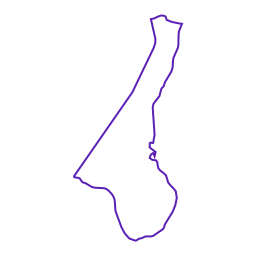 Negros Oriental, Robinson projection
{"feature_id": "PHL-2516", "entity_name": "Negros Oriental", "entity_type": "Province", "adm_level": 1, "iso_a3": "PHL", "parent_name": "Philippines", "parent_adm1": "", "projection": "robinson", "projection_center": [123.114, 9.74], "detail": "fine", "context": "isolated", "style": "outline", "palette": "violet", "viewbox_px": 256, "rotation_deg": 0, "n_neighbors": 0, "source": "natural_earth", "source_scale": "10m", "svg_char_len": 1268}
<svg xmlns="http://www.w3.org/2000/svg" viewBox="0 0 256 256"><path d="M182.0,23.8L179.1,30.9L178.6,34.3L178.4,44.8L177.8,48.0L173.4,58.0L172.9,61.7L172.8,65.5L172.3,68.7L171.4,71.5L164.9,82.3L163.7,86.2L162.7,87.3L161.7,88.2L161.3,89.0L159.4,96.2L155.4,101.2L153.4,104.0L152.7,107.6L154.6,135.1L153.8,138.9L153.6,140.5L153.2,142.8L152.1,143.0L150.9,142.5L149.8,143.2L149.7,147.5L155.6,152.0L154.6,156.3L153.3,153.0L150.8,154.6L149.7,158.0L152.2,159.8L156.1,160.4L157.3,162.1L157.6,164.8L158.4,168.4L160.4,170.7L163.3,172.8L166.0,175.3L168.2,182.6L170.7,185.6L173.5,188.4L175.8,191.4L176.8,197.9L175.3,205.2L172.6,211.9L164.8,224.5L164.2,227.1L163.0,229.1L153.3,235.8L151.4,236.4L146.4,236.4L144.7,236.7L141.9,238.1L138.8,238.8L136.6,240.3L135.3,240.6L129.3,238.5L124.7,233.3L121.3,226.9L115.5,211.0L114.7,200.3L113.8,197.4L112.3,194.7L108.8,190.8L106.4,189.0L104.1,188.2L94.8,187.7L91.9,187.0L85.7,183.3L83.8,182.7L82.4,182.1L81.3,180.8L80.4,179.3L79.5,178.3L77.7,177.7L75.8,177.6L74.3,177.1L74.0,176.3L132.4,92.2L153.6,48.1L155.3,43.0L155.3,38.3L150.9,19.1L154.3,18.4L157.9,16.6L161.4,15.4L164.8,16.0L165.5,16.6L165.9,17.2L166.1,17.9L166.3,18.8L166.7,19.9L167.2,20.2L168.0,20.3L171.4,21.8L179.3,23.5L182.0,23.8Z" fill="none" stroke="#5b21b6" stroke-width="2"/></svg>